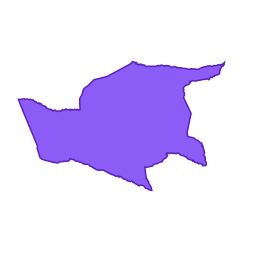 Campo Novo do Parecis, Mato Grosso, Brazil (Natural Earth projection), rotated 82°
{"feature_id": "56859067B93931383273622", "entity_name": "Campo Novo do Parecis", "entity_type": "district", "adm_level": 2, "iso_a3": "BRA", "parent_name": "Brazil", "parent_adm1": "Mato Grosso", "projection": "natural_earth1", "projection_center": [-57.909, -13.656], "detail": "fine", "context": "isolated", "style": "filled", "palette": "violet", "viewbox_px": 256, "rotation_deg": 82, "n_neighbors": 0, "source": "geoboundaries", "source_scale": "gbopen_adm2", "svg_char_len": 5709}
<svg xmlns="http://www.w3.org/2000/svg" viewBox="0 0 256 256"><g transform="rotate(82 128 128)"><path d="M76.5,23.4L78.0,25.4L78.2,26.0L77.9,26.6L78.1,27.0L78.6,27.2L78.7,27.7L78.3,28.0L77.9,30.1L78.3,30.9L78.5,31.8L78.5,32.8L78.0,34.4L78.2,35.1L78.6,35.4L78.8,35.9L78.5,36.9L77.8,38.1L77.7,40.2L77.8,41.1L78.1,41.4L78.0,43.7L78.3,44.8L78.2,45.8L78.6,46.5L79.1,48.8L79.6,49.4L79.6,51.6L79.1,52.5L78.5,55.8L78.1,56.7L78.1,58.5L78.4,59.6L78.2,60.4L77.7,60.9L76.7,64.1L76.6,65.2L76.0,66.5L75.6,66.9L76.2,68.0L75.5,68.7L75.1,69.9L75.4,70.4L75.2,71.0L74.5,71.3L73.9,73.1L73.4,73.4L73.5,73.9L74.0,74.7L74.0,75.3L74.3,75.8L73.6,76.5L73.2,77.6L72.7,77.9L72.2,78.6L72.0,79.3L72.1,79.7L71.6,80.8L71.7,81.2L71.4,81.8L71.7,82.2L71.5,83.6L70.6,85.3L70.4,87.4L70.8,88.1L70.8,88.7L70.2,89.5L70.7,91.5L70.7,93.3L70.2,94.5L70.4,94.9L70.0,97.4L69.7,98.0L69.7,100.3L69.5,101.1L69.5,101.7L68.9,102.7L68.1,102.8L67.7,103.9L67.5,104.2L67.8,105.4L67.3,105.4L66.9,105.8L66.6,106.7L66.3,107.1L66.9,107.8L67.1,108.8L66.2,109.1L66.1,110.0L65.6,110.4L65.2,110.3L65.6,111.1L65.2,111.4L64.1,111.1L63.8,112.7L63.0,113.6L62.9,114.0L63.0,114.5L63.5,114.6L65.2,117.5L73.9,141.1L74.3,143.3L75.5,155.0L78.7,159.4L80.5,161.7L81.8,164.4L82.5,165.6L84.2,167.2L87.8,168.5L92.2,171.7L96.2,172.3L102.2,172.8L103.0,173.0L103.3,173.2L103.0,173.8L103.3,174.2L103.1,175.0L102.5,175.5L102.4,176.2L102.7,177.1L102.0,178.2L102.7,179.3L102.6,179.8L101.9,180.7L101.8,181.3L102.3,181.6L102.4,182.4L101.5,182.7L101.3,183.0L101.6,183.4L101.5,184.0L101.7,184.7L101.3,185.8L101.3,186.3L100.7,186.3L100.6,187.2L101.4,188.8L101.3,189.3L100.6,190.3L101.7,191.5L101.6,192.3L101.9,192.8L101.3,194.9L101.7,195.9L101.6,196.5L100.3,197.3L100.1,199.0L100.8,199.6L100.8,200.1L99.1,201.2L99.0,201.7L98.5,202.4L98.8,203.3L97.3,205.3L97.1,205.9L96.7,206.1L96.2,206.0L95.5,206.6L95.0,206.8L94.4,208.4L93.3,209.9L92.7,210.5L91.8,210.7L91.5,211.4L91.8,212.2L91.0,212.4L90.7,212.8L91.1,213.6L90.8,214.5L89.3,215.3L88.6,217.0L88.2,217.4L87.1,217.9L87.0,219.1L86.0,220.8L85.9,221.3L86.1,222.0L85.8,222.4L85.2,224.3L85.4,224.8L85.4,225.4L85.2,225.9L84.6,226.5L84.7,230.2L84.8,230.7L84.6,231.5L84.3,231.9L84.3,232.6L96.8,229.6L133.1,220.2L135.6,220.8L145.2,219.2L145.7,218.5L146.8,217.8L148.6,214.2L150.1,209.9L151.3,207.8L151.9,206.0L152.2,204.4L152.5,203.9L152.8,202.7L152.9,202.2L152.6,201.8L152.0,200.3L152.2,196.4L151.9,195.2L152.2,194.6L152.5,193.3L152.3,192.7L152.4,191.6L151.7,190.5L150.7,190.0L150.5,189.5L150.6,188.8L151.2,188.3L151.4,187.8L151.5,186.8L151.7,186.0L152.1,186.0L152.2,185.5L153.0,185.1L153.5,184.4L153.7,183.9L153.6,183.2L155.0,180.8L155.7,178.8L157.3,177.2L157.5,176.1L158.1,175.6L157.9,174.4L158.1,173.7L158.4,173.2L158.4,172.6L158.6,172.2L159.6,171.4L160.1,171.3L161.8,168.7L162.2,168.4L163.0,167.3L163.9,166.6L164.1,166.0L165.3,164.3L165.7,163.2L166.1,158.7L166.8,157.4L167.3,157.1L167.4,156.4L167.7,156.2L169.8,153.7L169.8,153.2L170.2,153.0L171.3,151.4L171.4,150.9L172.0,150.3L172.2,149.9L172.1,149.5L172.3,149.0L173.1,148.2L174.0,146.9L174.0,146.4L174.3,146.1L174.1,145.3L174.2,144.5L174.5,144.0L175.1,144.2L175.4,143.8L175.2,143.1L174.8,142.7L175.0,142.2L175.6,141.7L175.9,141.2L176.4,141.0L177.1,140.1L177.9,139.4L178.4,138.5L178.2,137.7L178.5,137.2L178.9,137.0L179.6,136.1L180.1,136.2L180.3,135.6L180.3,135.2L180.8,134.7L180.8,134.2L181.3,133.4L181.4,132.6L181.0,131.8L182.0,130.8L182.5,130.7L182.9,130.4L182.8,129.7L183.2,129.1L184.1,128.5L185.0,127.3L185.4,126.1L186.2,126.1L186.4,125.6L186.9,125.1L186.2,124.0L187.2,120.8L188.6,119.6L189.1,119.5L190.1,119.0L190.9,117.2L191.3,116.7L191.6,116.1L192.0,115.9L192.6,114.3L193.1,113.7L193.0,113.2L192.6,113.5L192.1,113.4L191.8,113.1L189.3,113.5L185.6,115.2L184.1,115.1L183.3,115.7L182.8,115.7L182.0,116.2L181.5,116.1L180.4,116.9L169.1,116.8L169.4,115.4L169.5,113.9L169.2,112.1L169.1,109.4L169.0,108.9L167.9,107.9L167.3,106.8L167.1,105.7L167.5,104.6L167.4,103.9L167.1,103.5L166.2,100.7L166.3,99.6L166.1,99.0L165.8,98.6L165.0,98.1L163.6,96.6L162.8,94.4L162.3,94.1L162.1,93.7L160.7,92.7L160.2,92.7L159.5,93.6L159.0,93.9L158.7,93.8L158.8,93.2L158.1,92.7L158.4,91.9L158.8,91.4L158.8,91.0L159.1,90.4L158.7,89.9L159.1,87.3L159.6,86.8L159.6,86.2L159.3,85.6L160.3,84.0L160.1,83.6L159.7,83.4L159.7,82.4L160.5,81.3L160.5,80.9L161.3,80.2L161.8,80.1L162.1,79.7L162.8,78.4L162.9,77.0L164.0,76.1L164.8,74.6L164.7,74.1L165.8,74.0L166.1,73.4L167.0,72.9L167.5,72.4L167.4,72.0L167.6,71.5L168.5,70.0L168.8,69.2L169.4,68.1L169.9,68.4L170.0,67.8L169.4,67.5L169.8,67.2L170.4,67.2L171.5,66.2L171.9,64.4L172.3,64.3L172.3,63.7L172.6,63.4L173.5,63.0L173.0,61.8L173.4,61.2L173.6,60.6L174.4,60.0L174.4,59.6L174.6,59.2L175.7,59.2L175.9,58.6L175.7,57.9L176.0,57.0L175.9,56.3L175.6,55.8L174.4,55.4L172.2,55.6L170.8,56.2L169.8,55.8L168.1,55.6L167.1,55.8L165.4,56.9L165.0,56.8L163.5,55.7L162.9,55.6L156.7,56.4L156.5,56.9L156.2,56.5L155.2,56.6L154.8,57.2L153.9,57.3L153.5,57.1L153.2,57.2L152.8,58.0L152.7,58.7L151.4,59.3L150.1,60.3L149.7,61.5L149.0,62.3L147.0,64.2L146.0,66.6L145.8,67.7L144.4,70.2L143.9,70.0L140.8,70.1L122.3,63.5L105.4,68.8L104.6,68.4L103.4,67.5L101.0,67.3L98.7,68.2L97.9,67.3L97.3,67.4L96.8,67.9L96.3,67.9L94.3,65.9L93.6,64.3L93.6,63.0L93.3,62.6L93.4,62.1L92.4,60.5L91.8,60.5L91.4,59.9L90.9,60.4L90.4,60.2L90.5,59.2L90.2,56.9L90.8,55.0L90.8,54.4L91.0,53.6L90.5,51.6L90.7,50.0L90.4,47.2L90.4,45.9L90.7,44.9L90.4,44.3L90.5,43.3L90.3,42.3L91.2,41.7L91.3,40.6L89.8,40.0L89.4,39.6L89.3,39.1L89.3,38.4L89.7,37.3L88.7,36.5L88.9,35.4L88.6,35.1L88.2,34.9L88.0,34.4L87.8,33.6L87.9,32.3L87.6,31.7L87.7,30.9L87.1,30.0L86.5,29.6L84.9,29.5L84.2,29.1L83.8,29.2L83.4,28.6L83.0,28.6L82.5,28.1L81.4,27.9L81.2,27.2L79.9,26.3L79.9,25.3L79.7,25.0L79.3,24.8L78.5,24.0L76.5,23.4Z" fill="#8b5cf6" stroke="#5b21b6" stroke-width="1.5"/></g></svg>